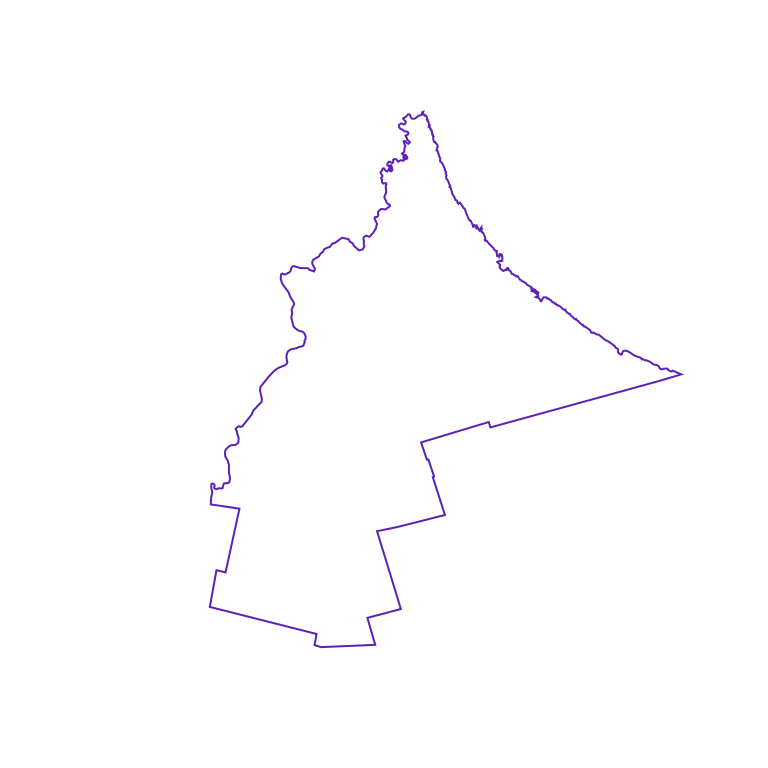 Castelli, Buenos Aires, Argentina, rotated 330°
{"feature_id": "61730980B13025573352502", "entity_name": "Castelli", "entity_type": "district", "adm_level": 2, "iso_a3": "ARG", "parent_name": "Argentina", "parent_adm1": "Buenos Aires", "projection": "equal_earth", "projection_center": [-57.446, -36.02], "detail": "fine", "context": "isolated", "style": "outline", "palette": "violet", "viewbox_px": 768, "rotation_deg": 330, "n_neighbors": 0, "source": "geoboundaries", "source_scale": "gbopen_adm2", "svg_char_len": 6166}
<svg xmlns="http://www.w3.org/2000/svg" viewBox="0 0 768 768"><g transform="rotate(330 384 384)"><path d="M478.0,221.9L477.5,223.3L477.1,228.2L477.4,230.0L478.6,231.7L478.1,232.9L472.5,233.6L469.1,230.9L465.4,231.7L464.2,232.8L463.7,234.5L463.0,235.4L461.4,235.8L459.5,235.0L458.6,235.6L458.0,241.8L454.4,245.5L449.8,247.8L445.4,249.2L444.3,248.8L443.0,246.7L440.1,246.7L438.8,247.9L438.1,250.3L436.5,252.3L435.8,255.0L433.0,256.7L429.2,255.9L427.0,249.4L427.2,246.6L425.5,243.2L425.8,241.0L420.8,236.3L411.6,237.4L409.7,236.5L405.5,238.2L402.2,237.4L399.5,237.5L397.6,238.8L393.9,239.5L391.2,241.0L384.8,241.0L382.6,242.7L381.9,244.7L381.8,249.9L379.7,251.5L376.6,248.0L375.9,245.6L369.6,241.9L365.0,236.9L363.7,236.5L362.0,237.0L359.7,239.3L357.8,240.0L353.4,239.7L352.2,239.0L351.2,237.5L349.7,237.6L347.2,241.0L346.2,245.1L346.3,249.5L347.2,256.4L346.3,262.5L346.6,267.6L346.4,269.1L345.7,270.2L341.1,273.4L340.2,276.4L337.1,279.9L334.5,288.2L334.7,290.4L336.2,294.1L337.7,296.3L339.5,297.7L340.4,300.2L339.9,303.9L338.2,306.1L336.8,306.7L336.2,308.2L333.1,310.6L327.9,309.3L326.5,309.4L320.6,307.4L316.9,307.8L313.9,310.4L312.7,312.4L311.1,316.9L310.4,317.6L307.8,318.3L300.4,317.2L295.3,317.8L288.1,319.9L275.6,324.7L273.5,327.4L270.7,336.1L268.9,338.3L257.4,341.7L253.9,344.4L240.1,349.8L238.7,349.6L237.0,347.9L233.3,348.5L232.8,349.6L232.9,351.6L232.1,353.5L231.1,358.2L228.4,362.1L225.1,362.5L221.2,360.7L219.0,360.4L214.3,361.6L212.4,363.2L210.4,367.1L210.2,372.5L209.3,376.5L205.4,383.2L203.6,388.6L200.9,391.7L200.0,391.9L195.8,390.2L194.5,391.0L192.2,393.4L190.6,393.0L189.1,391.8L186.1,391.2L185.2,390.1L185.1,388.6L186.7,387.2L186.7,385.9L186.0,384.6L184.7,384.3L182.7,386.9L181.2,391.9L177.5,395.9L173.8,401.7L196.5,419.7L152.6,467.9L145.8,461.5L121.7,490.0L200.6,566.8L193.3,575.4L197.9,580.4L246.0,605.5L252.7,578.2L286.1,587.3L304.4,508.0L324.6,514.7L371.3,527.9L379.7,489.0L381.1,489.2L384.7,471.6L383.3,471.1L386.9,453.1L455.7,469.3L454.5,474.8L622.5,518.6L646.3,524.3L640.6,516.7L639.3,517.0L638.4,516.1L637.0,513.8L637.3,512.9L636.5,511.9L633.7,510.5L632.5,510.6L630.7,508.7L630.7,506.1L630.2,504.6L626.9,501.4L625.9,498.4L623.4,495.0L622.0,494.0L620.2,491.4L619.6,491.5L619.4,489.6L615.2,484.8L612.4,479.0L611.0,476.9L608.7,475.2L607.6,475.1L605.3,476.5L605.1,477.1L604.1,477.2L603.5,476.7L602.5,473.7L604.1,470.9L602.7,468.2L602.8,466.6L600.0,460.1L597.6,456.5L594.8,449.0L593.1,447.4L590.9,443.9L589.8,443.8L589.1,443.0L589.5,440.8L586.8,434.7L586.0,434.4L585.6,432.4L586.0,432.9L585.9,432.3L584.9,431.1L583.6,427.6L583.7,426.6L582.7,424.4L582.8,423.7L582.1,423.8L581.5,422.9L581.1,420.8L579.9,418.0L580.0,416.3L579.4,415.9L578.2,413.3L577.8,411.1L578.3,410.4L576.7,409.3L575.1,404.4L572.6,400.8L572.8,400.3L572.3,400.1L572.0,398.5L570.8,397.6L570.5,395.2L569.7,394.2L569.4,392.7L568.0,391.6L568.4,391.2L567.9,390.1L565.4,388.7L561.5,390.9L561.0,390.4L561.4,389.3L561.1,387.9L560.5,386.3L559.0,384.7L561.6,384.9L561.4,383.4L561.8,383.0L560.6,380.9L560.8,380.3L562.2,382.1L562.4,381.6L563.0,381.9L563.0,382.5L563.4,382.1L561.2,376.9L560.1,377.5L560.5,378.3L560.3,379.4L559.4,378.5L559.7,378.0L558.4,377.3L558.9,376.7L559.0,375.3L560.2,374.9L560.2,374.2L557.5,369.5L557.5,368.2L555.9,365.0L555.0,364.1L554.5,362.0L553.9,361.6L553.7,357.6L553.4,357.1L552.3,357.0L552.1,355.7L551.3,355.1L550.8,353.4L549.7,352.4L550.0,349.7L548.7,347.1L549.5,346.1L549.3,345.5L548.7,345.2L546.8,346.4L546.3,345.8L544.0,345.9L542.5,342.8L542.7,339.9L543.7,339.6L544.2,338.8L543.1,335.0L545.6,335.1L547.0,336.4L548.0,336.5L548.1,335.5L549.2,334.8L550.2,332.6L549.8,332.3L550.2,331.7L549.6,331.1L550.5,330.6L549.8,329.6L548.8,329.4L547.1,331.3L547.1,330.5L545.9,329.5L546.9,327.7L546.9,326.6L548.3,325.3L546.8,323.8L546.7,321.0L544.9,314.2L544.7,311.9L543.1,310.2L543.2,309.5L544.1,309.4L544.6,308.6L545.3,304.9L545.3,302.5L545.1,301.6L544.5,301.3L544.6,300.6L545.5,299.0L546.5,298.6L546.2,298.0L546.7,297.0L543.8,298.5L543.3,300.0L543.4,295.9L542.1,295.8L541.8,295.1L543.1,294.8L542.7,294.2L543.4,293.8L543.4,293.0L542.8,293.0L541.8,291.7L540.7,292.7L539.8,292.3L540.3,291.0L540.7,285.6L539.8,285.1L539.9,283.5L540.5,277.5L541.6,272.5L540.9,271.7L540.6,265.2L539.9,264.6L538.5,265.1L538.3,263.7L538.8,262.4L538.7,261.2L537.8,260.3L538.4,257.4L538.2,253.8L539.9,247.2L539.2,246.1L540.5,245.2L540.4,243.5L541.0,240.5L540.8,237.0L541.2,235.8L542.4,234.6L542.7,232.4L543.7,231.7L543.6,229.6L544.2,228.1L544.8,222.6L544.7,221.2L543.9,219.4L545.6,216.6L545.4,214.8L546.1,213.6L546.2,211.0L546.8,210.4L546.9,207.8L546.5,207.7L547.7,206.3L549.1,205.6L549.8,203.4L549.2,200.6L548.8,200.0L549.1,199.7L548.6,199.4L548.6,197.9L549.7,195.2L550.7,194.6L550.3,193.0L551.0,192.5L551.0,190.8L551.6,190.1L551.6,189.3L552.0,188.6L551.6,188.2L552.0,186.2L551.6,185.9L552.0,184.8L551.4,183.8L552.3,183.7L553.0,182.7L552.4,182.3L553.6,179.5L553.2,178.3L553.6,178.2L553.9,177.0L553.4,176.9L553.3,176.3L554.3,175.2L554.6,173.8L554.5,172.8L554.0,172.5L554.2,172.1L553.4,171.6L553.7,170.9L552.9,170.2L553.0,168.7L554.0,167.9L553.0,167.8L551.3,169.7L547.7,169.0L544.0,169.6L542.4,169.2L540.7,168.0L540.5,166.6L541.1,163.4L539.6,162.5L536.8,163.5L533.4,163.5L533.2,164.3L534.0,167.3L533.8,168.1L532.2,169.3L530.7,169.0L530.0,167.7L528.8,166.9L526.4,167.2L525.5,169.2L525.8,171.4L527.2,172.8L527.8,175.0L530.6,177.4L530.6,178.9L529.7,179.8L526.7,179.8L526.8,182.5L526.2,184.3L527.1,185.9L527.2,187.7L525.2,188.2L524.6,187.4L523.7,184.2L523.0,183.7L522.1,183.9L521.4,188.6L519.3,190.4L517.7,193.0L515.0,193.4L515.0,194.8L517.2,196.3L517.6,198.7L517.0,200.2L516.2,200.4L515.3,199.9L515.4,197.9L515.0,196.8L514.0,197.3L513.5,200.1L512.2,200.3L510.4,198.5L507.5,198.6L506.9,195.5L505.5,194.4L504.2,194.4L502.5,196.8L501.5,196.6L500.3,194.5L499.3,194.0L497.3,194.7L496.3,196.0L497.2,198.0L499.2,197.7L499.7,198.4L498.2,203.0L496.6,203.4L495.9,202.7L495.9,202.0L497.6,200.2L497.6,199.6L496.9,199.2L495.6,200.5L493.1,201.6L491.9,200.0L491.8,197.3L490.8,196.7L490.1,197.0L489.2,198.2L487.4,198.6L486.6,199.4L486.8,202.9L486.2,203.6L484.6,204.0L484.4,206.3L483.1,208.0L483.5,210.0L486.0,210.9L486.0,212.0L484.5,213.4L481.7,219.2L478.0,221.9Z" fill="none" stroke="#5b21b6" stroke-width="2"/></g></svg>